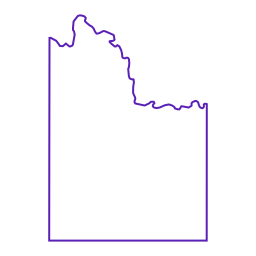 the district of Wilbarger, Texas, United States of America
{"feature_id": "52423323B71723905303227", "entity_name": "Wilbarger", "entity_type": "district", "adm_level": 2, "iso_a3": "USA", "parent_name": "United States of America", "parent_adm1": "Texas", "projection": "robinson", "projection_center": [-99.204, 34.146], "detail": "fine", "context": "isolated", "style": "outline", "palette": "violet", "viewbox_px": 256, "rotation_deg": 0, "n_neighbors": 0, "source": "geoboundaries", "source_scale": "gbopen_adm2", "svg_char_len": 1652}
<svg xmlns="http://www.w3.org/2000/svg" viewBox="0 0 256 256"><path d="M206.7,240.6L206.8,104.1L205.0,103.7L204.3,104.0L203.8,104.6L203.9,106.4L203.8,107.0L202.6,108.2L201.8,108.2L200.3,107.4L199.5,106.4L198.9,105.0L198.1,102.3L196.3,101.0L195.2,100.9L192.3,102.3L191.5,103.5L191.6,105.5L190.8,106.3L188.6,107.5L181.6,106.2L181.2,106.4L180.8,107.0L180.2,108.4L179.4,109.3L177.8,109.3L175.0,108.5L174.8,108.2L174.7,107.6L174.3,107.0L172.5,105.7L169.6,104.6L168.5,104.5L164.7,105.3L159.7,107.5L156.6,108.1L154.4,107.6L153.4,107.1L152.8,106.0L152.9,105.3L153.3,104.3L154.1,103.7L154.4,103.2L154.1,102.2L153.8,101.9L153.2,101.7L150.9,101.8L149.1,103.4L144.6,105.5L135.4,103.5L134.7,102.7L134.5,101.9L134.7,100.7L135.3,98.9L135.2,98.0L134.9,97.0L133.6,94.2L133.1,92.7L133.2,86.7L133.9,82.6L133.6,79.5L133.4,79.3L132.2,79.4L131.2,79.1L130.0,78.6L129.3,77.6L128.8,75.4L128.2,68.8L128.8,67.6L129.3,63.6L129.0,59.5L128.3,58.1L127.1,57.7L126.3,57.7L125.7,58.2L124.4,58.3L123.2,58.0L122.5,57.4L122.3,56.7L122.0,53.4L121.1,50.0L119.3,46.4L117.5,45.2L116.8,45.6L115.8,46.5L114.6,46.4L110.8,43.2L109.7,42.0L109.6,41.4L110.0,41.1L112.9,40.9L113.9,40.3L114.5,39.7L113.8,35.3L113.0,34.7L105.2,31.3L103.8,31.0L102.5,31.4L99.7,33.0L97.3,33.6L96.7,33.6L96.3,33.4L94.9,31.4L93.6,28.5L91.9,26.6L89.7,25.4L87.0,23.2L85.1,21.4L85.0,20.4L85.1,19.8L85.7,18.7L85.7,17.9L84.5,16.4L81.2,15.4L79.5,15.4L77.8,16.0L73.6,21.4L73.0,27.9L73.0,29.8L73.2,30.3L73.9,31.1L74.7,34.5L72.9,44.6L72.2,45.6L71.2,46.1L69.9,46.5L69.4,46.4L65.9,43.6L62.8,46.2L59.8,45.9L58.5,43.8L56.2,40.8L50.7,37.8L49.5,37.9L49.3,149.9L49.2,240.6L206.7,240.6Z" fill="none" stroke="#5b21b6" stroke-width="2"/></svg>